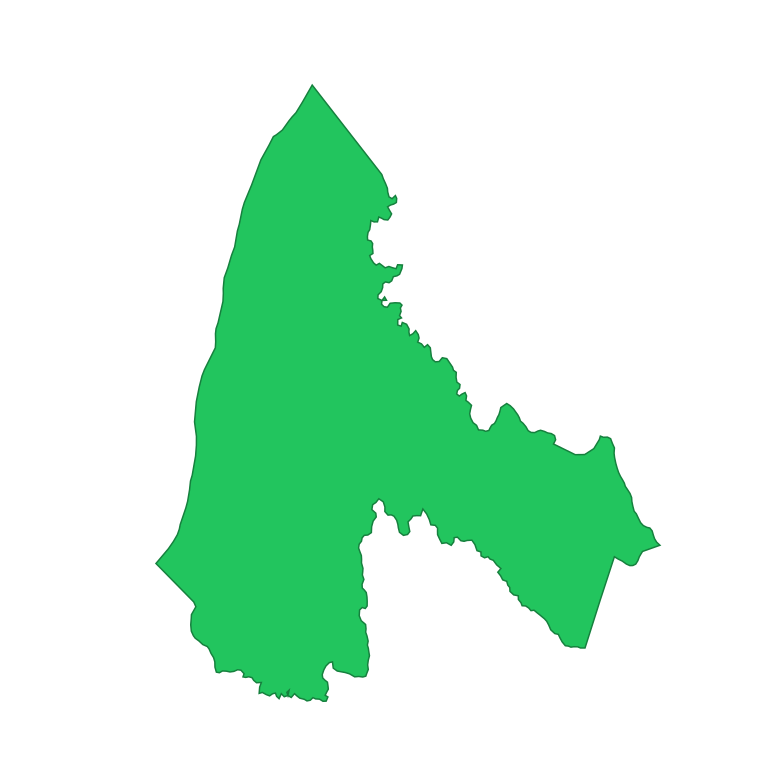 Itaubal, Amapá, Brazil, rotated 172°
{"feature_id": "56859067B9451495458128", "entity_name": "Itaubal", "entity_type": "district", "adm_level": 2, "iso_a3": "BRA", "parent_name": "Brazil", "parent_adm1": "Amapá", "projection": "natural_earth1", "projection_center": [-50.683, 0.49], "detail": "fine", "context": "isolated", "style": "filled", "palette": "green", "viewbox_px": 768, "rotation_deg": 172, "n_neighbors": 0, "source": "geoboundaries", "source_scale": "gbopen_adm2", "svg_char_len": 5660}
<svg xmlns="http://www.w3.org/2000/svg" viewBox="0 0 768 768"><g transform="rotate(172 384 384)"><path d="M456.0,645.7L459.1,644.4L464.7,636.4L474.7,623.1L487.4,599.5L497.0,583.2L499.9,576.9L505.1,562.2L507.9,555.9L512.8,540.5L517.1,532.6L522.5,520.7L527.4,511.5L528.6,506.5L529.9,501.1L530.5,496.0L532.0,488.1L539.8,467.7L542.6,462.2L543.9,457.2L544.8,449.2L546.0,443.3L559.8,423.2L563.1,417.3L567.4,406.7L572.3,392.7L576.9,372.9L577.0,358.3L578.3,349.4L580.6,338.9L586.6,320.4L589.1,314.9L591.3,306.2L594.8,295.1L597.5,288.8L605.3,273.3L606.9,268.7L609.6,263.5L614.4,257.4L620.4,250.9L634.8,238.0L602.7,194.6L601.3,189.6L606.8,182.4L607.4,179.2L608.9,172.4L609.2,166.1L607.8,161.3L606.3,158.5L603.1,155.4L599.7,151.2L595.5,148.6L594.1,146.0L592.8,141.3L590.8,136.7L590.2,132.3L590.8,127.1L590.1,122.0L587.2,121.0L583.9,122.3L580.2,121.6L576.6,120.3L572.7,120.3L568.7,121.4L565.5,120.5L562.9,116.6L564.4,113.6L561.8,112.7L558.7,112.9L555.6,111.6L554.3,108.7L551.8,105.9L547.0,105.5L549.3,101.2L550.7,95.0L547.4,95.5L543.8,92.8L540.7,91.1L537.4,92.8L534.5,93.0L533.8,89.6L531.7,87.0L528.8,91.6L526.3,88.2L522.5,88.9L519.5,86.5L515.7,89.8L513.8,87.4L511.1,84.6L506.7,82.8L504.4,80.9L501.0,81.1L498.0,83.3L495.6,81.7L491.7,80.9L488.6,78.3L485.4,78.0L483.1,81.9L485.6,83.9L483.4,87.2L481.6,89.6L481.5,93.0L481.5,96.6L483.8,99.0L485.6,101.5L485.6,104.8L483.3,109.4L480.7,112.9L476.9,115.7L473.7,116.0L473.8,109.7L470.3,106.3L466.8,105.1L462.6,103.7L458.5,101.8L456.2,100.0L453.8,98.1L449.7,97.9L445.8,96.8L442.7,97.2L441.1,100.3L439.3,103.5L439.3,108.1L438.0,112.7L436.2,117.0L436.3,121.0L436.3,124.4L436.8,127.8L435.5,131.6L435.9,136.7L436.7,140.8L435.9,144.0L435.7,148.4L439.5,152.8L440.8,158.0L439.6,163.7L436.7,165.7L433.8,164.3L431.6,166.5L430.9,171.1L430.5,175.4L430.6,180.0L432.1,182.6L433.9,185.0L433.6,188.7L431.1,193.3L432.0,197.9L431.2,201.0L430.5,204.4L431.2,209.9L430.6,213.6L430.3,217.3L431.2,221.2L432.0,225.1L430.9,228.8L428.2,231.4L427.1,234.7L424.6,236.9L421.0,236.7L417.2,238.6L416.1,244.5L413.8,249.8L410.2,253.4L410.1,257.2L413.5,261.3L412.0,266.1L408.5,267.8L405.1,271.1L401.1,267.4L400.2,262.0L400.9,257.6L398.3,253.6L395.0,253.4L392.5,251.7L390.4,247.3L389.8,243.0L389.8,239.5L389.3,235.0L385.8,231.4L381.6,231.7L379.0,234.3L379.3,239.3L379.4,244.1L376.0,246.7L373.7,249.3L369.8,249.1L366.1,248.5L364.5,251.7L362.9,254.8L359.8,249.3L358.0,243.4L357.2,238.0L352.9,236.9L351.0,233.8L351.5,230.8L351.9,227.3L350.5,222.7L348.9,218.1L344.2,218.1L339.9,214.9L336.9,217.9L335.9,222.1L332.6,222.1L329.7,218.1L326.6,217.1L323.4,217.5L318.7,217.1L316.3,212.3L315.1,206.0L311.4,204.2L311.8,200.3L308.6,197.9L305.0,198.5L303.4,195.9L300.3,194.2L297.6,189.2L293.9,185.0L297.5,181.8L295.2,177.8L293.7,173.5L289.9,171.5L289.4,167.6L287.8,165.0L288.1,161.1L284.9,157.1L280.5,155.6L280.9,151.9L278.8,148.4L278.1,145.2L274.6,144.5L271.9,142.1L270.0,139.1L266.9,139.1L264.3,136.2L261.8,133.6L259.8,131.4L257.8,129.2L255.9,126.4L254.4,122.3L253.1,117.4L249.6,113.1L246.2,111.8L245.0,107.9L243.4,103.7L240.9,99.6L237.9,98.8L235.5,97.4L232.8,97.4L228.8,96.8L226.1,95.2L221.7,94.6L199.9,140.1L179.9,180.9L176.4,178.0L172.6,175.4L169.1,172.0L165.9,170.0L162.9,169.6L159.8,170.6L157.2,173.7L155.2,177.4L153.3,179.8L151.3,182.2L133.2,185.9L136.0,189.4L137.6,193.1L138.3,196.8L138.9,201.2L140.8,204.4L143.7,205.5L146.9,207.7L149.2,211.0L150.7,215.5L152.2,220.3L154.0,223.2L154.6,228.4L154.9,233.2L154.6,237.1L155.6,241.3L157.4,245.2L159.3,249.1L159.8,252.4L161.2,256.1L162.7,259.6L164.0,263.7L164.8,268.1L165.5,273.1L165.9,279.2L165.8,283.5L164.7,288.6L166.1,293.4L167.2,298.3L170.1,300.3L174.1,300.7L177.0,302.3L178.5,299.0L185.2,290.8L195.1,286.2L204.5,287.4L224.5,301.0L221.8,304.9L222.3,309.2L225.2,311.6L228.8,312.8L231.7,314.7L235.4,316.4L238.2,316.0L241.5,314.9L245.2,315.6L247.8,317.8L249.4,321.9L251.8,325.8L254.0,328.2L254.7,331.7L255.9,335.0L257.4,337.8L259.2,341.3L262.1,345.0L265.2,347.6L271.6,344.4L273.0,340.8L274.5,337.6L276.3,335.2L278.2,331.9L280.1,329.5L283.1,328.2L285.0,325.8L286.6,323.4L289.9,323.0L292.5,324.5L296.8,325.4L298.1,330.2L301.2,333.3L302.9,338.2L303.3,342.6L301.9,346.8L300.3,350.7L303.1,354.3L305.2,356.3L303.9,360.7L304.9,364.2L308.4,363.1L311.1,361.6L313.4,364.0L312.2,367.4L309.8,369.2L308.8,372.9L311.6,375.8L311.7,380.7L310.8,385.5L313.3,387.9L313.8,391.2L315.8,395.3L318.3,400.4L322.6,401.9L326.2,398.6L330.1,398.8L332.5,401.4L333.3,404.5L333.2,409.1L333.1,413.4L335.4,416.9L339.0,414.7L341.3,418.5L344.8,420.8L342.9,424.6L343.2,428.2L345.2,432.4L348.3,429.8L351.9,428.4L352.1,432.0L351.5,435.0L353.3,440.0L357.3,442.4L359.0,438.9L362.2,440.5L361.4,445.9L357.5,447.0L359.1,449.6L357.0,453.5L357.2,457.0L355.2,459.6L357.0,462.0L361.7,462.9L366.7,463.1L369.9,459.6L373.2,460.5L375.3,463.3L374.4,467.0L378.2,469.5L377.5,473.1L373.9,475.8L371.9,479.7L371.3,483.2L368.4,484.9L364.9,483.6L362.0,485.1L359.8,489.0L356.1,489.3L353.3,490.5L350.2,495.8L349.2,499.3L353.9,500.2L356.0,496.5L359.5,498.0L362.8,499.7L366.7,498.9L369.1,501.4L371.8,504.1L375.2,502.8L377.5,505.4L379.6,510.0L380.3,513.2L376.8,514.8L376.5,518.0L376.5,521.3L375.7,524.6L376.9,527.4L380.2,528.9L379.9,532.4L378.7,536.4L376.7,538.8L375.2,543.7L374.3,547.7L371.3,545.9L367.9,545.5L365.9,550.1L363.3,548.5L361.1,546.8L357.4,545.9L354.8,548.5L352.8,551.4L354.5,555.5L355.8,559.0L352.7,560.3L349.4,560.8L346.5,562.0L345.6,566.0L346.5,569.0L350.2,566.4L353.0,568.6L353.6,573.6L353.4,577.3L354.5,581.9L356.1,587.3L357.0,591.7L413.5,690.0L425.5,674.5L433.4,664.9L437.7,661.4L441.4,657.9L449.3,649.6L456.0,645.7ZM522.5,88.9L523.1,92.2L520.6,94.0L522.5,88.9ZM374.4,467.0L369.9,466.6L371.3,470.1L374.4,467.0Z" fill="#22c55e" stroke="#15803d" stroke-width="1.5"/></g></svg>